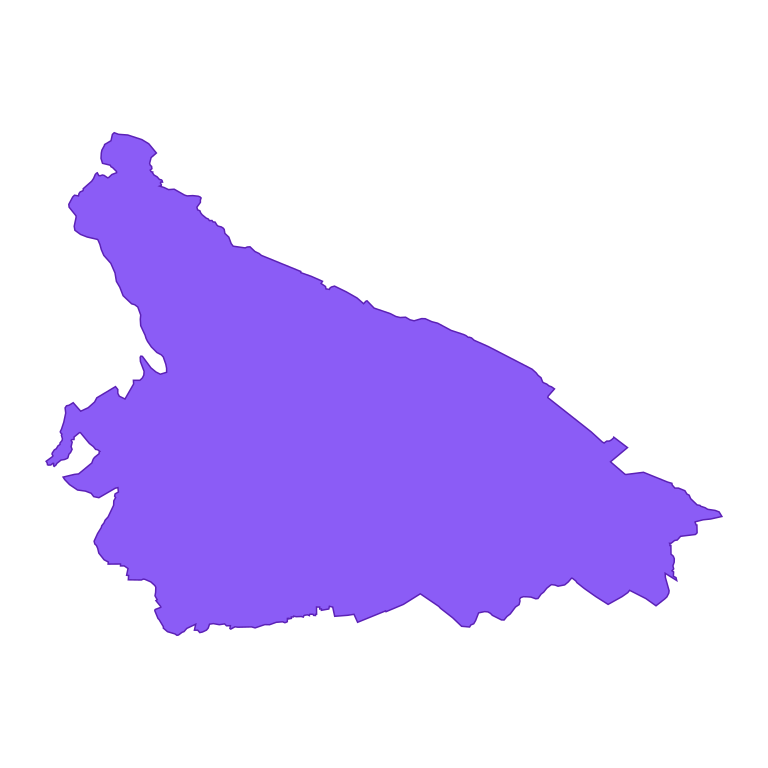 outline of Magiresti, Bacau, Romania
{"feature_id": "2599482B79930750524298", "entity_name": "Magiresti", "entity_type": "district", "adm_level": 2, "iso_a3": "ROU", "parent_name": "Romania", "parent_adm1": "Bacau", "projection": "robinson", "projection_center": [26.514, 46.524], "detail": "fine", "context": "isolated", "style": "filled", "palette": "violet", "viewbox_px": 768, "rotation_deg": 0, "n_neighbors": 0, "source": "geoboundaries", "source_scale": "gbopen_adm2", "svg_char_len": 6016}
<svg xmlns="http://www.w3.org/2000/svg" viewBox="0 0 768 768"><path d="M721.9,516.5L719.1,511.9L715.1,510.4L707.7,509.3L705.1,507.7L700.6,506.2L700.0,505.4L697.1,504.9L690.6,498.6L689.2,495.2L686.9,494.0L684.9,490.7L678.5,488.1L674.9,488.1L672.2,485.0L671.9,483.3L667.7,482.1L643.5,472.3L625.9,474.5L624.9,474.2L610.5,461.8L627.5,447.6L613.8,437.2L613.6,437.9L611.4,439.9L609.3,441.1L606.7,441.1L604.1,443.0L602.3,442.0L591.1,431.8L547.8,397.6L548.1,396.2L554.5,388.9L551.5,386.8L549.0,385.9L546.8,384.1L543.5,382.7L542.6,381.9L541.0,377.7L538.1,375.4L536.1,372.8L532.1,369.2L488.2,346.5L474.2,340.3L471.5,337.9L469.2,337.2L468.3,337.4L466.0,335.6L463.6,334.5L451.1,330.4L437.7,323.2L431.9,321.7L425.2,318.7L421.6,318.6L414.1,320.8L410.0,319.8L405.6,317.2L400.1,317.5L395.9,316.5L390.5,313.7L374.1,308.1L367.0,300.8L365.8,301.3L363.6,303.7L357.1,298.0L346.2,291.8L334.5,286.1L331.4,287.0L329.9,288.1L329.4,289.4L326.0,288.9L325.5,286.5L321.1,283.5L322.5,281.3L311.2,276.3L300.7,272.6L300.8,271.5L261.4,255.4L259.1,253.5L254.9,251.5L250.0,246.8L247.2,247.0L245.2,247.9L233.2,246.2L231.2,243.6L228.8,237.1L224.9,233.4L224.2,229.4L223.3,228.2L221.3,226.9L218.1,226.1L217.0,225.2L215.1,222.1L213.0,221.9L212.0,220.5L209.4,220.6L208.3,219.0L206.2,218.1L202.2,214.8L200.7,212.9L199.9,210.8L197.6,209.8L196.9,207.2L200.4,202.4L200.4,200.0L201.1,198.0L200.0,196.9L198.2,196.2L192.8,195.6L187.2,195.9L184.6,195.1L174.2,189.2L168.5,189.6L164.1,187.5L159.6,186.1L161.3,185.4L161.4,184.8L160.4,183.0L160.8,182.1L162.5,182.1L162.1,180.6L161.5,179.9L159.4,179.4L157.1,176.8L154.1,175.1L152.5,172.9L152.8,172.1L151.1,171.6L150.2,170.1L151.9,168.7L151.6,166.4L150.2,165.1L149.6,163.3L151.1,157.6L156.4,153.0L148.8,143.8L141.9,139.6L127.8,135.0L118.5,134.3L114.2,132.7L112.4,134.4L111.0,140.7L104.6,144.5L104.4,145.5L101.9,150.1L101.3,153.0L101.0,158.4L102.5,163.3L110.2,165.2L111.1,166.8L112.5,167.5L116.5,171.5L116.6,172.7L111.9,174.5L108.7,177.5L107.6,177.8L104.1,175.4L102.4,175.0L100.3,175.7L98.8,175.6L97.3,172.8L96.6,173.1L95.3,174.4L93.6,178.4L91.7,181.2L83.2,188.7L83.3,189.8L82.8,190.8L80.2,191.9L79.0,193.5L78.5,195.9L74.5,195.2L72.7,197.0L68.8,204.3L69.1,207.2L76.0,215.8L76.1,217.2L74.2,226.3L74.9,230.3L80.5,234.4L87.1,237.0L97.4,239.4L98.0,240.0L99.9,244.4L101.3,249.6L103.8,255.4L110.8,263.3L115.0,272.9L116.4,281.4L119.8,287.2L123.1,295.7L131.6,303.8L134.7,304.7L137.8,307.0L140.7,315.0L140.3,319.2L140.7,325.7L145.1,335.2L146.1,338.5L147.6,341.5L151.4,347.0L156.9,352.5L161.4,354.9L163.3,357.0L165.8,364.2L166.6,368.3L166.6,372.3L160.3,374.2L155.8,371.9L150.9,367.8L142.4,356.4L140.9,356.1L140.2,357.2L140.4,361.5L144.1,371.4L143.8,375.1L142.4,377.9L139.9,380.3L133.4,380.3L133.6,384.0L125.0,399.0L119.3,396.2L117.8,393.3L117.8,389.5L115.5,386.6L96.8,397.8L94.6,402.0L88.2,407.7L80.7,411.2L73.2,402.7L69.1,405.2L66.5,405.8L65.1,407.9L65.7,413.1L63.8,422.1L61.5,429.1L60.3,431.5L60.5,432.6L61.9,434.1L61.4,435.3L62.4,438.6L62.1,440.4L60.0,443.0L60.0,444.5L58.0,445.8L56.3,448.7L54.3,449.9L52.2,453.1L52.0,454.1L52.9,455.6L52.6,456.5L46.1,461.3L47.1,462.7L47.5,464.8L48.5,465.1L50.8,465.0L52.9,463.3L53.6,463.4L53.6,465.8L54.2,466.4L55.9,465.1L56.9,463.4L61.0,460.1L64.6,459.5L67.4,458.3L67.9,457.8L68.9,454.2L70.5,452.6L72.1,449.3L71.1,446.7L72.2,442.1L71.2,440.8L71.3,440.1L71.9,439.6L74.0,439.5L74.1,437.0L79.5,432.6L80.4,432.6L89.4,443.5L93.4,446.6L95.6,449.4L97.5,449.7L99.9,451.4L99.2,452.0L99.1,453.7L94.5,457.4L93.2,459.2L91.8,463.0L78.6,473.9L74.3,474.4L63.1,477.1L64.7,479.6L69.5,484.6L77.5,490.0L85.4,491.1L91.2,493.3L93.7,496.6L98.9,497.7L115.3,488.2L117.9,487.6L118.4,492.0L115.1,493.9L114.6,496.1L115.6,497.6L113.8,500.8L113.6,505.3L108.1,516.9L105.1,520.2L104.0,522.9L101.7,525.8L101.3,527.5L97.6,533.5L94.1,541.2L94.8,544.0L96.4,545.5L97.7,548.4L98.8,553.1L104.1,559.8L108.3,562.0L108.1,564.1L120.5,564.0L120.5,565.9L124.2,565.9L128.0,568.5L126.6,575.3L128.6,575.5L128.3,579.8L141.3,580.0L143.3,579.1L144.8,579.3L150.8,581.9L154.8,585.5L155.8,587.2L155.6,592.4L155.0,595.8L157.2,599.7L155.9,600.6L160.7,606.5L160.8,607.3L155.4,609.4L154.8,610.1L154.9,611.0L158.0,618.5L159.1,619.6L163.4,626.8L163.3,628.1L167.5,631.7L174.9,633.9L176.9,635.3L178.5,635.0L182.1,632.3L184.0,631.6L186.8,628.4L195.7,624.2L194.4,630.2L197.7,630.2L199.8,632.6L202.5,632.0L206.5,630.1L208.2,628.1L209.5,624.2L213.3,623.6L219.3,624.7L224.6,623.9L226.5,625.8L230.4,625.7L229.9,628.5L230.8,629.1L235.0,626.8L237.9,627.2L251.6,626.9L255.1,627.9L264.8,624.6L269.6,624.7L276.3,622.3L282.6,621.8L284.8,622.7L285.7,622.5L287.3,621.7L287.4,618.4L288.8,618.3L288.8,618.9L291.4,618.4L291.3,617.0L293.4,616.9L293.6,616.2L296.3,616.7L301.3,616.5L303.3,617.1L303.8,615.8L304.5,615.3L307.4,614.8L309.4,615.6L309.4,614.7L310.0,614.2L313.0,614.3L313.6,615.4L315.5,615.5L315.5,614.3L316.6,614.2L316.5,607.0L319.7,607.1L319.7,609.0L321.4,609.0L321.4,610.3L328.8,609.0L329.4,606.3L332.7,607.1L334.7,616.3L347.7,615.3L354.0,614.3L357.6,622.3L385.6,610.9L386.0,611.7L403.4,604.4L420.3,593.8L438.8,606.4L440.5,608.3L452.7,617.8L461.6,626.3L469.6,627.0L470.9,624.9L473.7,623.8L475.6,620.6L478.6,612.9L484.6,611.6L487.9,611.9L490.5,613.4L492.3,615.3L501.4,619.9L504.1,620.0L506.9,616.5L510.3,613.9L515.5,607.0L519.1,604.6L520.0,601.0L519.6,599.3L520.6,597.7L523.3,596.7L527.0,596.8L531.0,597.1L535.8,598.8L538.0,598.5L541.1,594.1L543.7,592.1L546.8,588.2L550.3,585.4L551.5,584.6L555.1,585.1L558.0,586.2L564.7,584.9L568.2,582.0L571.5,578.2L572.4,578.3L575.8,580.9L576.9,582.6L584.3,588.5L595.8,596.6L608.1,604.4L622.1,596.6L627.8,592.6L629.6,590.3L645.9,598.6L656.0,605.8L664.9,598.8L666.9,596.9L668.8,593.1L669.1,590.7L665.4,577.5L665.2,573.3L676.7,580.5L676.0,577.6L673.4,576.2L673.6,571.9L672.0,570.8L673.7,568.9L672.9,565.9L674.2,562.2L674.3,558.7L673.3,556.2L671.0,554.1L670.9,545.5L669.9,545.5L670.0,544.1L669.6,543.3L671.2,543.2L674.6,540.5L677.3,540.0L680.6,536.3L695.3,534.5L696.2,533.8L697.1,532.8L696.9,525.0L696.2,525.0L695.0,522.1L695.3,521.8L703.1,519.8L710.7,519.0L721.9,516.5Z" fill="#8b5cf6" stroke="#5b21b6" stroke-width="1.5"/></svg>